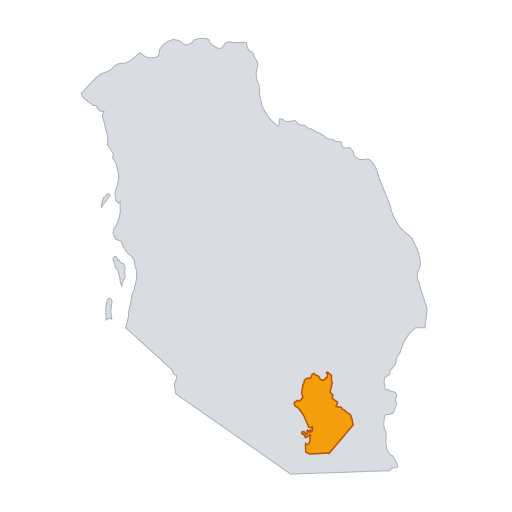 location of Mwanza within United Republic of Tanzania, rotated 178°
{"feature_id": "TZA-3357", "entity_name": "Mwanza", "entity_type": "Region", "adm_level": 1, "iso_a3": "TZA", "parent_name": "United Republic of Tanzania", "parent_adm1": "", "projection": "equal_earth", "projection_center": [33.157, -2.458], "detail": "fine", "context": "in_parent", "style": "filled", "palette": "amber", "viewbox_px": 512, "rotation_deg": 178, "n_neighbors": 0, "source": "natural_earth", "source_scale": "10m", "svg_char_len": 5739}
<svg xmlns="http://www.w3.org/2000/svg" viewBox="0 0 512 512"><g transform="rotate(178 256 256)"><path d="M196.6,381.4L191.7,378.0L187.2,375.9L183.5,373.5L181.8,371.2L178.4,370.3L175.4,369.9L172.6,367.8L167.0,367.0L166.3,365.6L166.2,362.4L165.2,361.6L163.2,360.8L160.9,360.9L159.6,361.3L158.8,361.1L156.9,359.2L155.2,356.9L154.6,353.1L152.0,350.7L149.0,348.7L140.6,348.9L139.3,348.4L137.4,346.5L135.0,343.3L133.2,339.7L131.5,334.8L129.8,328.2L120.2,301.9L119.2,296.9L117.3,291.3L114.3,284.6L111.0,279.5L106.6,274.9L101.6,270.4L98.9,267.3L93.8,254.9L92.7,249.1L91.9,243.1L92.2,240.6L95.4,232.8L95.7,230.7L95.3,227.7L93.7,221.5L91.7,214.0L87.6,200.3L87.0,196.9L87.1,194.3L89.4,180.4L89.4,178.4L99.0,178.7L106.0,172.6L112.1,163.5L113.3,159.7L115.7,153.8L118.2,150.9L119.1,148.9L120.5,143.1L123.7,139.1L126.8,136.1L126.2,133.9L126.6,133.2L128.3,131.6L131.6,130.2L132.3,127.1L132.3,123.7L131.7,121.7L131.8,119.5L131.3,118.3L129.1,118.0L125.9,116.2L123.2,115.5L121.4,114.5L120.7,113.7L120.4,111.7L121.9,106.3L120.4,104.2L123.8,95.3L124.4,94.2L125.6,94.1L127.5,93.2L129.3,92.7L130.7,93.1L131.8,92.7L132.8,91.7L133.6,88.7L134.2,83.7L133.9,79.6L132.5,76.5L132.1,71.7L132.7,65.2L132.3,59.8L130.7,55.5L129.1,53.0L126.7,51.8L123.0,45.3L121.8,42.1L122.0,40.1L123.3,39.3L125.7,39.6L128.0,38.8L130.1,37.0L132.1,36.5L133.2,36.8L228.9,36.8L340.6,120.8L341.1,121.8L342.0,129.0L341.8,131.5L340.0,135.6L339.5,137.8L339.5,139.3L339.9,139.9L341.4,140.1L342.6,141.1L343.1,141.9L344.0,145.0L345.3,146.6L387.6,187.8L388.6,188.4L388.0,191.8L385.5,200.2L385.4,203.7L384.4,207.8L383.5,210.5L381.0,222.3L379.0,226.7L376.2,237.0L375.7,244.9L377.2,250.4L377.7,255.6L381.0,260.7L383.6,262.5L385.4,264.8L388.5,270.1L390.2,275.4L395.9,278.0L398.1,284.0L397.2,288.1L394.6,291.5L392.1,297.0L390.1,304.2L390.0,315.2L391.4,313.6L394.3,316.3L394.7,324.4L391.5,333.9L390.6,338.3L390.4,342.1L392.6,353.4L395.9,359.2L395.6,361.0L394.8,362.5L400.5,372.7L399.9,381.5L402.0,388.4L402.9,394.4L404.3,399.0L404.6,402.1L402.8,405.6L407.0,406.5L409.4,409.4L410.6,412.1L413.6,412.0L415.2,413.9L417.6,415.4L422.8,420.0L424.2,422.3L425.0,424.6L410.5,439.1L405.3,442.8L401.6,444.5L397.6,445.5L393.8,447.8L390.2,451.4L385.7,453.2L380.1,453.2L374.3,455.7L365.1,463.2L359.7,459.0L355.6,457.7L350.7,457.9L347.8,458.4L346.7,459.3L345.8,461.8L345.0,466.0L341.8,470.0L336.3,473.8L331.2,475.3L326.5,474.3L323.4,472.7L321.7,470.5L319.3,469.4L316.1,469.6L313.0,471.2L310.1,474.2L305.4,475.5L298.9,475.1L295.5,473.7L295.0,471.2L292.2,468.2L287.0,464.9L283.2,464.8L280.8,468.0L278.6,470.1L276.5,470.9L274.7,471.0L272.1,470.1L265.0,469.8L258.3,469.9L257.6,465.2L256.2,462.4L255.0,460.7L252.7,460.3L252.0,459.0L251.2,456.1L250.1,453.6L248.6,451.6L247.7,449.6L247.4,447.9L247.6,446.0L249.0,441.2L249.5,437.9L249.3,434.6L248.6,431.1L247.0,427.0L247.2,425.9L246.6,423.1L246.6,421.1L246.9,418.7L246.6,415.5L245.2,408.6L245.2,406.9L243.8,403.5L239.3,395.7L239.1,394.7L232.0,386.8L229.2,385.0L228.2,386.5L227.8,387.9L228.1,390.4L227.9,391.7L227.6,392.2L226.0,392.2L224.9,391.9L222.3,389.7L220.2,389.2L215.0,389.6L213.2,390.1L211.8,389.6L209.1,386.0L205.9,385.2L203.0,385.1L198.2,380.9L196.6,381.4ZM396.7,249.2L399.0,257.9L398.7,259.5L397.1,260.5L396.2,260.6L395.2,259.2L394.5,256.3L393.2,257.0L391.1,253.5L389.0,253.3L387.2,249.1L387.9,245.4L387.5,239.2L389.8,236.0L391.1,230.6L392.5,234.3L392.9,240.0L394.8,246.8L396.7,249.2ZM408.1,197.2L408.3,199.2L407.8,201.2L407.9,207.4L407.7,211.5L406.0,217.2L404.5,219.2L403.3,218.6L402.2,217.7L401.4,216.1L403.1,205.7L402.3,198.0L405.6,198.8L408.1,197.2ZM402.9,323.0L401.2,323.5L400.6,323.0L399.6,321.3L401.4,319.9L403.1,317.0L407.1,312.9L408.9,309.6L408.6,312.8L406.3,319.9L404.4,320.3L402.9,323.0Z" fill="#d9dde1" stroke="#a8b0b8" stroke-width="1"/><path d="M190.0,56.0L190.5,56.6L209.2,56.2L212.9,58.1L213.2,60.2L213.1,62.5L213.2,64.8L212.9,66.9L212.1,66.0L210.8,65.8L209.5,67.1L208.2,71.0L208.3,71.6L208.7,72.5L208.5,73.0L208.5,73.3L208.5,73.9L208.4,74.0L207.6,74.6L208.6,75.5L209.8,74.7L211.0,73.6L212.0,73.5L212.1,73.1L212.4,72.9L212.7,72.9L213.1,72.9L212.9,73.4L213.1,73.8L213.7,74.3L214.0,74.8L213.9,75.0L213.1,75.7L214.4,75.9L215.6,76.3L215.5,76.5L215.4,76.6L215.6,76.7L215.7,76.8L215.8,76.8L216.0,76.6L216.5,77.3L216.4,77.9L216.0,78.4L215.8,79.0L215.6,78.9L214.1,78.8L212.2,77.0L211.2,76.7L210.4,77.7L211.2,79.4L210.8,79.6L210.7,79.7L210.6,80.0L209.4,78.6L208.9,78.5L208.9,79.7L208.7,79.7L208.5,79.1L208.1,78.3L207.6,77.8L207.2,78.3L207.7,78.6L207.9,79.1L207.9,79.7L207.7,80.1L206.8,79.7L206.0,79.7L205.8,79.6L205.7,79.5L205.6,80.0L205.7,80.3L205.7,80.8L205.8,81.1L205.6,81.5L205.4,82.1L205.3,82.5L205.4,82.9L205.5,83.2L205.8,83.6L206.3,82.8L206.9,82.4L207.6,82.4L208.5,82.8L209.3,83.4L209.6,83.8L209.7,84.3L209.9,84.7L213.8,94.6L214.7,96.2L217.1,99.9L218.4,101.7L219.5,103.0L220.9,103.8L222.3,105.0L223.0,106.9L222.9,108.0L222.3,108.8L221.7,108.8L221.2,109.1L220.0,110.3L217.9,109.5L217.1,110.2L216.3,110.5L215.8,111.1L215.4,111.9L214.6,112.1L214.2,113.2L215.2,117.8L214.9,119.4L214.0,123.0L213.8,124.9L213.4,126.2L212.6,127.2L211.9,130.1L210.2,131.5L209.0,132.0L207.7,132.2L206.6,131.8L205.5,132.3L204.4,135.4L202.4,136.7L201.6,136.1L201.0,135.3L200.5,135.0L199.8,134.9L198.9,134.2L197.9,133.8L197.1,132.9L196.6,131.4L195.7,130.3L194.8,129.4L193.9,129.6L192.9,130.0L192.1,129.7L191.5,130.2L191.0,131.5L190.2,132.1L189.3,132.0L189.1,133.2L188.6,134.7L188.8,136.0L189.5,136.2L189.4,137.3L188.3,137.2L185.9,135.2L184.8,134.1L184.8,132.0L185.0,129.7L184.7,128.2L184.1,127.0L186.7,117.3L184.0,114.3L184.8,111.1L179.5,107.0L181.1,102.8L176.0,101.7L175.0,99.9L173.5,99.2L172.2,98.1L170.2,96.3L167.9,94.7L167.0,93.8L166.5,92.5L166.6,91.5L166.3,90.5L165.7,89.8L165.5,88.5L165.3,86.4L164.7,83.9L190.0,56.0Z" fill="#f59e0b" stroke="#b45309" stroke-width="1.5"/></g></svg>